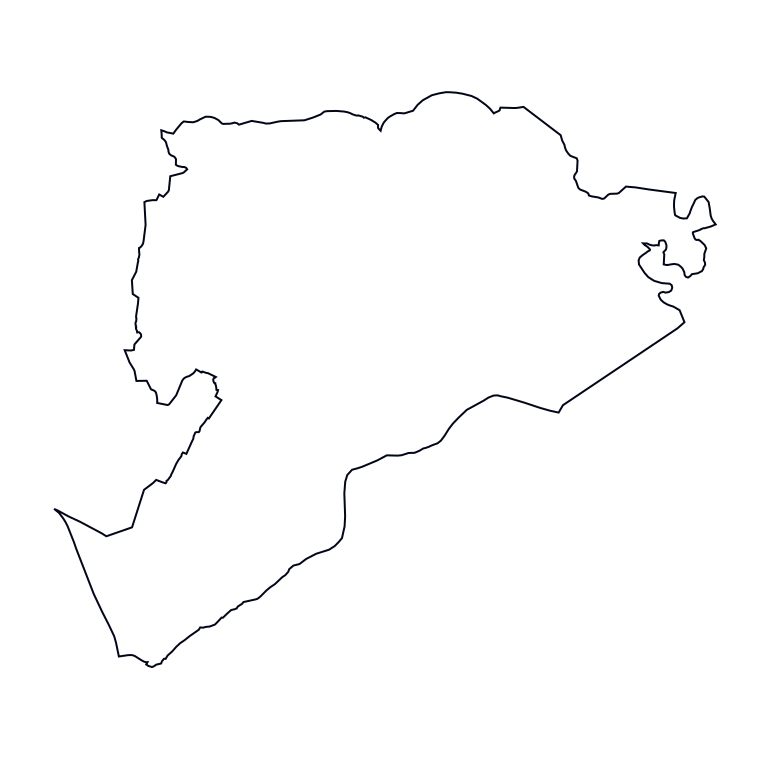 the district of 2e Arrondissement, Analamanga, Madagascar, rotated 3°
{"feature_id": "10022922B64856352127888", "entity_name": "2e Arrondissement", "entity_type": "district", "adm_level": 2, "iso_a3": "MDG", "parent_name": "Madagascar", "parent_adm1": "Analamanga", "projection": "mercator", "projection_center": [47.548, -18.933], "detail": "fine", "context": "isolated", "style": "outline", "palette": "ink", "viewbox_px": 768, "rotation_deg": 3, "n_neighbors": 0, "source": "geoboundaries", "source_scale": "gbopen_adm2", "svg_char_len": 6145}
<svg xmlns="http://www.w3.org/2000/svg" viewBox="0 0 768 768"><g transform="rotate(3 384 384)"><path d="M143.3,212.5L137.6,213.6L135.2,214.9L137.6,237.6L136.4,254.0L136.0,256.6L134.5,259.2L133.1,260.6L132.2,261.1L132.6,265.3L133.0,267.5L132.6,270.4L131.9,272.4L132.2,274.5L131.9,275.1L130.7,284.8L126.8,293.5L128.4,307.3L134.3,310.8L134.1,316.6L132.9,329.0L133.0,330.7L133.4,331.6L133.2,333.1L133.3,334.3L132.9,335.0L132.6,336.4L133.1,338.7L133.4,339.1L133.2,339.6L133.6,340.7L133.3,341.0L133.6,342.3L134.5,343.7L134.8,345.4L136.7,345.1L138.2,346.4L138.8,347.4L139.0,349.5L132.7,357.6L132.5,363.0L129.6,363.8L123.3,363.8L128.8,375.8L133.1,382.0L134.2,384.0L136.6,393.9L146.9,393.2L151.6,401.5L155.2,402.8L156.7,404.4L157.5,407.0L158.3,411.0L158.5,414.8L168.7,416.3L169.6,416.1L170.6,415.4L177.1,406.1L182.4,391.1L183.8,389.0L185.1,388.0L186.5,387.2L189.0,386.3L192.3,383.9L193.5,382.8L195.0,380.6L195.6,379.3L196.4,379.6L201.0,382.1L201.5,381.9L201.6,381.2L202.0,381.1L205.9,382.2L207.7,382.4L215.7,385.8L214.7,386.7L213.7,387.1L213.2,388.6L213.5,390.0L214.4,391.8L215.5,392.0L215.6,393.2L216.1,394.0L216.6,396.1L217.0,398.7L218.6,398.8L218.1,401.0L216.4,405.2L222.5,408.6L210.9,427.6L209.8,427.0L208.3,429.1L206.9,431.6L203.2,436.4L202.8,437.4L202.2,440.9L201.5,441.8L199.0,441.9L198.0,442.5L197.5,444.1L196.7,445.9L196.4,448.8L195.2,451.5L190.3,464.1L186.8,462.9L185.7,464.7L185.4,466.7L182.9,470.3L180.7,474.5L177.8,482.1L176.2,485.7L175.9,487.0L173.2,491.1L171.9,492.1L171.9,493.4L171.1,494.6L168.0,493.8L161.5,491.7L158.5,495.0L149.9,502.2L139.9,540.3L114.7,550.6L110.1,548.0L87.7,537.5L75.8,532.7L65.0,527.5L61.1,526.0L66.1,529.6L70.3,534.5L73.0,538.3L75.5,542.6L82.7,558.3L85.1,564.3L105.1,608.8L114.5,626.3L122.1,639.5L127.8,650.1L129.9,656.3L133.5,670.0L142.4,668.2L145.6,667.9L147.6,668.1L149.6,668.8L156.5,672.7L158.9,673.8L160.4,674.2L162.4,674.1L161.2,676.5L163.5,677.9L167.1,678.8L168.9,678.0L171.2,676.2L176.0,674.8L176.9,672.3L178.7,669.9L180.3,669.9L182.1,666.5L186.6,662.0L190.4,657.2L194.1,653.4L198.1,650.4L203.4,645.7L211.9,639.1L213.2,636.7L216.0,636.8L218.8,635.9L222.7,635.3L227.7,633.1L229.5,631.2L234.0,625.8L235.4,625.8L239.0,621.9L243.1,617.8L247.0,616.6L248.6,615.8L249.7,613.8L253.7,611.0L255.1,609.1L267.1,605.8L268.9,605.1L271.4,603.0L277.7,596.0L281.3,592.7L285.4,589.7L292.5,582.2L295.4,580.1L298.2,576.6L299.1,573.8L303.0,570.1L309.0,568.2L315.4,562.8L325.1,557.1L337.9,552.3L343.4,548.3L347.0,544.2L350.1,540.1L352.1,528.2L352.1,518.0L350.1,495.2L350.4,483.6L352.1,476.8L356.6,471.3L361.6,469.7L366.5,467.8L381.2,460.7L390.5,455.1L401.6,454.8L405.3,454.2L412.2,451.6L418.2,451.1L422.9,448.8L426.6,446.3L428.8,445.7L431.8,444.5L435.4,442.6L440.6,440.4L443.8,437.6L447.5,432.0L451.0,425.6L454.9,419.9L460.9,413.0L468.0,405.5L484.4,395.4L489.0,392.1L494.0,389.8L498.2,389.4L501.1,390.1L508.3,391.2L524.8,395.2L541.2,399.7L551.3,402.0L559.9,403.4L563.8,395.8L674.1,313.1L680.8,306.6L675.4,294.9L668.8,291.5L666.3,290.9L662.6,289.7L659.1,287.9L656.0,285.4L653.7,281.4L654.0,279.7L655.4,278.3L658.0,277.4L660.4,278.0L663.6,277.3L665.9,275.7L666.8,272.9L666.2,270.4L664.1,268.9L656.1,268.7L648.6,266.9L645.9,265.5L642.2,263.3L638.4,259.4L632.4,251.3L631.8,247.2L632.8,244.3L635.7,241.6L638.5,239.5L640.6,237.7L642.4,236.7L642.6,235.8L641.3,234.4L639.6,233.0L637.1,231.6L635.4,230.0L639.5,229.9L641.7,230.9L643.9,231.4L646.4,231.6L648.4,231.1L651.1,231.2L651.1,228.8L651.5,226.7L653.4,226.1L655.9,225.9L657.4,227.2L658.8,230.6L658.9,233.1L658.5,235.0L656.1,237.8L657.1,239.9L657.1,249.9L660.0,250.4L662.0,250.1L664.4,249.5L667.8,248.9L671.7,249.5L674.4,251.4L676.1,253.1L678.0,256.6L678.5,259.4L679.8,261.1L682.0,261.8L684.1,260.3L685.8,258.2L691.5,257.0L695.6,254.6L696.7,252.6L697.1,250.6L698.5,248.2L698.2,246.0L696.9,243.5L697.2,240.7L697.1,237.2L698.7,231.7L696.9,228.4L692.1,224.3L691.2,224.1L690.6,223.5L688.8,223.8L687.5,223.4L686.5,222.1L684.6,217.6L684.5,216.9L684.7,216.2L685.9,215.7L690.2,214.1L692.2,213.1L692.5,212.7L694.9,211.7L696.0,211.7L701.9,209.7L706.9,207.3L704.1,204.0L702.5,201.6L701.4,198.6L700.1,191.6L698.6,185.2L694.0,180.1L692.3,180.0L690.0,180.7L687.5,181.8L685.2,183.9L683.8,187.6L682.3,191.0L681.1,194.7L680.3,197.7L677.8,202.7L674.0,203.1L670.9,202.6L666.0,200.3L665.4,198.3L664.4,192.3L664.2,189.6L664.2,185.1L665.3,178.0L638.8,175.9L624.7,174.5L615.3,174.2L608.4,181.1L606.6,181.7L599.7,182.3L597.8,183.4L594.3,187.1L593.0,187.6L592.1,187.7L588.3,186.5L581.2,185.7L578.7,185.0L578.6,184.2L577.9,182.9L576.8,182.2L575.6,181.5L569.6,179.5L568.1,178.3L567.6,177.5L565.1,171.3L563.2,168.8L563.0,166.6L563.7,164.7L564.7,163.3L565.6,161.5L565.6,150.7L564.6,148.5L558.2,146.4L555.9,144.2L553.6,141.2L552.4,138.4L551.7,135.8L549.2,131.5L547.4,126.3L509.3,100.3L508.8,100.0L501.9,101.4L498.9,101.6L485.9,101.9L485.6,102.4L485.2,104.5L484.4,105.3L480.8,107.1L479.5,108.0L475.3,103.4L471.1,100.0L462.2,94.2L456.3,91.8L447.3,90.0L440.8,89.3L434.9,89.2L430.8,89.3L424.1,90.8L416.7,93.1L407.9,98.6L403.1,103.3L398.7,109.6L390.1,112.7L386.3,112.6L382.7,112.7L380.1,113.9L376.5,116.2L374.4,117.7L373.0,119.2L370.1,122.9L368.2,127.2L367.4,131.3L364.9,129.0L364.5,127.6L364.6,125.7L361.9,123.5L357.3,121.0L353.6,119.5L351.5,118.7L349.9,119.1L348.9,118.2L344.2,117.1L343.8,117.3L343.1,117.4L341.1,117.1L338.1,116.2L335.9,115.2L333.3,114.5L329.8,114.0L322.0,113.8L312.9,114.5L310.1,115.1L306.6,118.2L299.0,121.7L290.8,124.8L267.4,126.9L264.5,127.5L256.1,129.8L252.6,130.1L249.6,129.5L238.1,128.2L225.6,132.6L223.7,131.3L221.0,130.8L219.1,131.5L216.7,132.1L209.7,132.7L208.3,132.2L204.8,129.1L200.8,127.2L197.5,126.4L195.7,126.3L191.9,126.4L186.3,129.4L184.0,131.0L179.8,132.6L174.9,132.6L170.5,132.3L170.1,132.4L167.9,134.5L163.0,141.1L160.5,145.0L154.1,144.1L151.1,143.0L148.3,142.3L148.8,145.4L149.2,149.8L152.0,151.9L153.6,153.9L154.8,157.7L156.5,161.7L156.6,163.1L157.5,165.3L159.6,166.9L161.8,167.6L163.0,168.3L164.5,170.3L164.7,175.9L165.7,176.6L167.3,177.2L171.0,177.8L173.5,177.8L175.2,178.6L176.2,179.9L172.9,183.3L171.5,184.0L159.7,187.7L159.0,201.8L158.4,203.1L157.8,203.9L153.8,208.6L149.6,206.5L147.2,212.2L146.8,212.4L143.3,212.5Z" fill="none" stroke="#020617" stroke-width="2"/></g></svg>